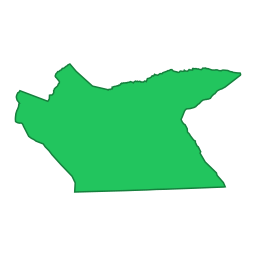 San Miguel Mixtepec, Oaxaca, Mexico (Robinson projection)
{"feature_id": "50627088B95758016663451", "entity_name": "San Miguel Mixtepec", "entity_type": "district", "adm_level": 2, "iso_a3": "MEX", "parent_name": "Mexico", "parent_adm1": "Oaxaca", "projection": "robinson", "projection_center": [-96.942, 16.759], "detail": "fine", "context": "isolated", "style": "filled", "palette": "green", "viewbox_px": 256, "rotation_deg": 0, "n_neighbors": 0, "source": "geoboundaries", "source_scale": "gbopen_adm2", "svg_char_len": 3742}
<svg xmlns="http://www.w3.org/2000/svg" viewBox="0 0 256 256"><path d="M225.2,186.8L223.4,182.6L218.4,176.9L217.1,175.4L216.4,172.9L205.2,162.0L200.0,153.1L200.7,151.8L198.3,146.9L196.9,145.8L196.2,144.1L195.5,142.9L195.3,141.3L195.3,141.0L193.6,140.0L190.3,135.7L189.5,134.2L188.6,133.1L188.1,132.8L187.5,132.0L187.2,128.7L185.9,126.2L185.0,124.6L184.2,124.3L182.6,122.5L181.9,121.3L181.1,119.3L182.1,117.2L184.4,111.4L185.2,110.0L186.5,108.9L190.0,108.6L194.0,107.5L195.8,106.6L196.5,105.7L197.2,105.2L198.0,104.3L199.4,103.5L199.8,103.0L200.9,101.8L201.1,101.6L201.6,101.0L202.6,100.5L203.2,99.9L204.7,99.7L205.7,99.4L206.1,99.5L207.6,99.1L208.3,99.1L210.4,98.3L211.1,97.2L211.7,96.3L212.8,95.3L213.3,94.6L213.8,94.2L214.8,93.8L215.0,93.5L216.2,92.1L217.0,91.1L218.0,90.4L220.2,89.3L221.7,88.9L222.5,88.5L223.6,87.8L224.9,87.2L240.4,75.2L240.5,74.8L240.6,74.2L240.1,73.0L238.7,73.0L237.1,72.9L234.1,72.5L232.8,72.3L232.3,71.9L231.2,71.7L230.2,71.6L229.7,71.3L228.7,70.9L227.8,70.5L225.9,70.3L223.4,70.1L222.2,70.2L221.4,70.7L220.2,70.7L218.9,70.6L217.2,69.9L215.6,69.9L214.7,70.1L213.6,70.1L213.1,70.0L212.7,70.0L212.3,70.1L211.6,69.9L208.5,68.8L208.4,68.7L208.0,68.8L207.6,68.6L206.2,68.6L206.0,68.2L205.6,68.0L204.7,68.1L203.6,68.2L202.8,68.1L201.6,69.5L201.2,69.7L198.7,69.2L198.4,68.9L197.1,69.0L196.2,68.6L193.9,68.7L193.0,68.4L192.7,68.5L192.5,68.9L192.7,69.8L192.6,70.0L191.3,70.0L189.4,69.9L189.1,69.6L187.5,71.3L185.4,71.0L184.3,70.2L183.9,71.3L181.9,71.4L181.2,71.1L180.2,71.1L179.3,72.2L178.7,72.4L177.3,72.3L177.2,72.0L173.4,71.1L172.3,70.1L171.9,69.6L170.4,69.7L170.1,70.0L169.1,70.6L168.0,70.6L166.8,71.3L163.2,72.6L162.6,72.9L162.0,73.7L160.1,73.6L157.7,75.3L157.3,75.1L155.4,74.8L154.6,74.3L153.6,75.9L153.3,76.0L152.2,75.8L151.1,77.2L149.3,78.2L147.4,78.6L146.7,80.6L146.2,81.6L145.8,81.3L144.7,81.0L143.4,82.1L141.8,82.0L141.3,82.2L141.0,82.2L140.7,81.6L139.6,81.3L138.2,81.7L137.3,81.2L136.8,81.6L136.2,81.6L135.8,81.2L135.5,81.1L134.1,81.9L133.3,82.9L132.5,82.3L130.3,81.6L129.2,82.4L128.4,82.3L127.4,82.5L126.8,83.0L126.3,82.7L126.0,82.7L125.2,83.0L123.7,82.9L123.2,83.0L122.7,83.4L121.8,83.1L121.6,83.2L121.1,83.9L120.6,83.9L120.5,84.1L119.8,85.2L119.4,85.3L118.9,85.1L118.2,85.8L117.8,85.9L117.5,85.7L115.8,86.3L114.2,86.5L113.7,86.7L113.6,86.8L112.1,87.2L112.2,87.8L112.2,88.0L112.3,88.1L112.4,88.3L112.4,88.5L112.3,88.8L112.2,88.8L111.8,88.8L111.6,88.8L111.4,88.9L111.3,89.0L111.2,89.0L110.8,89.1L110.7,89.2L110.5,89.3L110.4,89.4L110.3,89.5L110.2,89.5L109.9,89.5L109.8,89.4L109.7,89.4L109.3,89.3L109.2,89.3L108.9,89.4L108.7,89.5L108.4,89.6L108.4,89.8L108.3,90.0L108.2,90.0L108.0,89.9L107.9,89.9L107.7,89.7L107.4,89.6L107.2,89.6L106.9,89.4L106.7,89.4L92.5,86.1L84.7,79.1L76.2,71.4L69.9,64.0L68.0,64.9L67.7,65.1L67.5,65.4L67.0,65.9L66.0,66.4L64.2,67.9L63.5,68.3L62.3,68.4L62.0,68.8L61.6,69.6L60.9,70.1L60.4,70.2L60.1,70.4L59.4,71.1L59.1,71.4L57.8,71.6L57.4,72.1L57.1,72.6L55.9,73.9L55.2,76.0L55.4,76.6L55.7,77.2L56.4,77.8L58.1,79.9L59.4,81.6L59.3,83.0L59.2,83.0L58.2,84.2L57.9,85.3L57.4,86.2L55.5,87.7L54.3,89.0L54.3,89.6L53.6,90.8L53.8,92.3L53.2,93.8L51.8,95.1L50.6,95.0L49.5,95.2L49.3,99.0L47.8,101.3L19.9,90.7L18.8,92.4L17.8,92.8L16.8,95.0L16.4,96.3L16.4,97.6L16.7,98.7L17.1,100.1L19.6,103.4L18.9,103.9L18.5,106.8L17.5,109.3L17.4,109.6L17.2,110.0L16.9,110.4L15.9,113.7L15.5,117.0L15.4,118.6L15.4,119.6L15.6,121.6L17.3,122.6L19.2,123.1L21.2,123.0L22.0,123.4L22.8,124.4L23.5,126.2L24.5,128.1L28.7,136.3L31.2,138.2L34.3,139.8L36.0,141.1L43.2,143.9L45.2,146.8L49.0,150.7L52.1,154.8L61.2,164.9L68.3,172.3L72.1,176.3L75.2,182.8L74.7,192.0L125.1,190.6L131.0,190.4L133.4,190.3L146.8,189.9L156.3,189.4L165.5,189.2L200.6,187.9L210.4,187.5L223.8,187.0L225.2,186.8Z" fill="#22c55e" stroke="#15803d" stroke-width="1.5"/></svg>